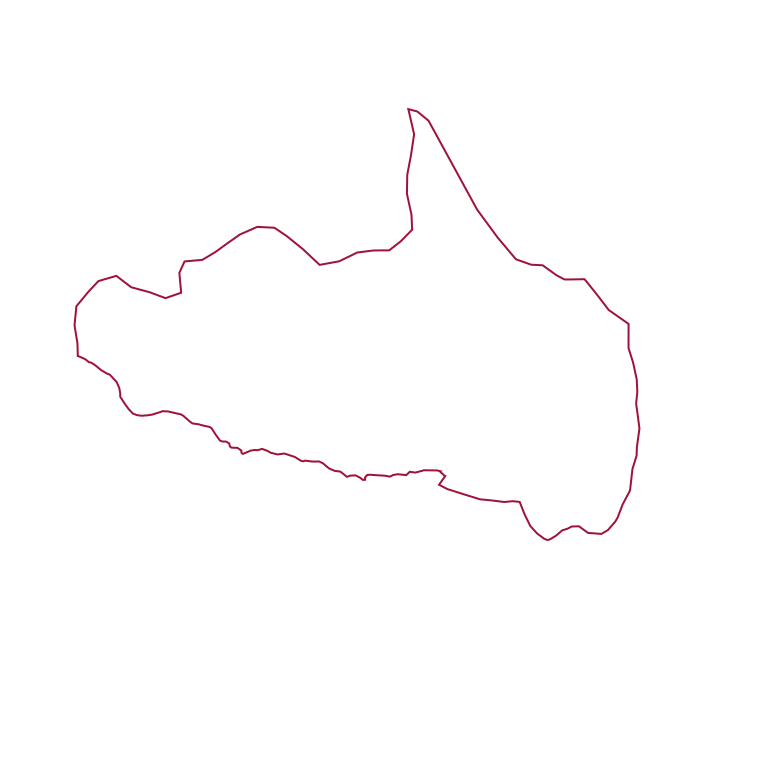 Mayo-Boneye, Mayo-Kebbi Est, Chad, rotated 325°
{"feature_id": "50815135B64807508580818", "entity_name": "Mayo-Boneye", "entity_type": "district", "adm_level": 2, "iso_a3": "TCD", "parent_name": "Chad", "parent_adm1": "Mayo-Kebbi Est", "projection": "albers", "projection_center": [15.551, 10.251], "detail": "fine", "context": "isolated", "style": "outline", "palette": "rose", "viewbox_px": 768, "rotation_deg": 325, "n_neighbors": 0, "source": "geoboundaries", "source_scale": "gbopen_adm2", "svg_char_len": 3382}
<svg xmlns="http://www.w3.org/2000/svg" viewBox="0 0 768 768"><g transform="rotate(325 384 384)"><path d="M561.6,172.8L551.9,196.7L537.1,212.3L523.1,225.9L511.9,241.3L503.6,261.1L495.6,273.7L479.9,276.7L464.9,277.5L452.0,268.6L437.4,260.9L417.7,257.8L399.6,249.5L394.9,227.0L389.1,206.8L383.8,193.1L370.3,182.6L351.9,178.9L336.2,178.9L321.7,179.2L306.4,178.1L290.9,169.2L280.1,175.6L270.2,192.9L254.2,188.3L244.8,174.6L232.4,159.7L226.8,141.9L209.1,135.9L195.1,138.8L176.6,143.9L164.1,158.5L156.3,174.7L149.2,185.5L149.5,185.7L151.0,188.1L153.6,192.5L153.7,192.9L154.8,196.9L156.4,198.5L157.6,201.5L158.7,204.6L159.4,207.4L160.2,210.3L161.5,213.1L162.8,216.0L163.3,216.9L164.8,219.2L166.1,229.2L165.3,233.2L164.9,235.3L164.0,237.3L163.6,238.1L162.5,240.5L161.7,241.6L160.6,243.2L160.5,246.6L160.4,249.4L160.4,250.1L160.3,252.7L160.5,258.8L160.7,259.7L161.3,264.2L162.3,265.6L162.9,266.5L163.7,267.7L166.8,270.6L168.9,272.0L169.7,272.4L171.4,273.5L176.3,276.0L184.4,278.6L186.4,279.1L186.9,279.2L191.5,282.7L192.7,284.1L200.2,292.4L201.4,295.0L202.0,297.6L202.3,298.6L203.1,302.2L204.4,306.3L205.2,307.1L208.1,309.8L209.0,310.6L210.9,313.0L213.8,316.2L216.5,319.2L217.4,321.3L217.3,323.3L217.1,328.8L217.2,336.3L218.7,338.5L221.3,340.3L221.5,340.5L222.1,341.6L223.1,343.8L222.2,346.3L222.0,347.0L222.6,348.7L224.2,349.9L227.3,352.2L228.3,354.8L228.4,355.1L229.0,356.5L228.5,357.3L227.8,358.7L227.9,359.0L228.4,360.4L228.7,360.4L235.6,361.9L236.4,362.0L240.1,363.8L241.4,364.8L242.6,365.8L243.1,365.9L245.9,366.9L247.0,367.3L248.6,369.7L248.9,370.1L250.2,372.0L250.8,373.3L251.7,375.2L251.7,375.3L253.7,377.5L256.3,380.6L262.5,383.8L269.1,392.6L271.5,398.2L271.9,399.2L272.1,399.4L273.6,401.1L274.6,401.3L274.8,401.4L275.4,401.5L278.7,404.5L279.3,405.0L279.5,405.3L280.8,406.4L284.4,408.9L286.3,410.1L287.4,412.0L288.4,413.7L290.6,421.8L293.8,426.9L295.2,428.2L295.9,428.8L298.0,430.7L298.6,432.6L299.8,436.7L300.4,438.8L302.4,439.3L303.2,439.5L303.4,439.5L307.0,441.7L308.3,442.5L309.6,445.0L310.5,446.6L311.1,448.5L311.5,449.7L311.8,450.6L313.7,451.6L314.9,449.7L316.0,449.4L316.5,449.3L318.2,448.9L319.3,449.6L320.2,450.1L323.3,452.6L325.9,454.7L328.2,456.5L328.8,457.0L329.6,457.6L332.3,459.8L333.3,460.8L335.3,462.8L335.7,463.3L339.2,463.8L343.4,465.7L344.7,466.8L347.9,469.6L349.9,471.4L354.8,470.7L355.4,471.3L358.5,474.2L359.0,474.6L365.0,476.8L365.8,477.1L367.2,477.5L371.0,480.3L374.2,482.6L377.9,485.2L378.8,486.3L379.5,487.1L379.9,487.6L380.0,487.7L379.7,487.7L379.7,488.3L380.5,491.6L380.5,491.9L380.6,492.2L380.6,492.3L380.7,492.6L380.9,493.7L381.1,494.0L381.4,494.5L378.3,495.6L371.3,498.1L375.6,506.4L386.4,520.5L396.4,533.4L405.5,541.2L414.9,549.7L422.2,553.8L427.5,558.4L424.4,571.5L422.4,584.2L423.7,594.4L426.6,602.9L428.3,605.4L430.2,606.3L432.6,606.6L438.1,606.9L446.1,606.1L451.3,607.8L456.0,608.4L462.1,612.4L465.7,623.0L467.3,624.3L476.1,631.5L479.9,631.8L483.6,632.1L494.7,629.3L498.8,627.4L503.4,624.3L510.3,619.6L524.5,612.3L538.8,596.1L549.9,587.5L550.8,586.3L554.8,580.9L567.7,567.0L574.1,554.8L576.7,549.7L579.3,544.7L587.1,535.6L593.7,525.1L600.3,509.4L604.9,494.9L611.6,485.3L618.8,475.1L610.5,452.2L610.2,444.0L609.7,432.3L608.4,413.2L597.6,405.9L593.5,403.1L592.0,402.0L591.3,401.0L587.5,393.4L582.1,377.8L573.0,370.7L563.6,357.5L561.1,329.2L560.3,294.6L571.5,193.9L567.6,179.9L561.6,172.8Z" fill="none" stroke="#9f1239" stroke-width="2"/></g></svg>